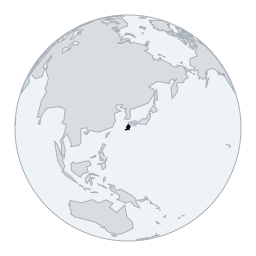 the Earth from above Kagoshima, rotated 20°
{"feature_id": "JPN-3501", "entity_name": "Kagoshima", "entity_type": "Prefecture", "adm_level": 1, "iso_a3": "JPN", "parent_name": "Japan", "parent_adm1": "", "projection": "orthographic", "projection_center": [130.414, 30.803], "detail": "fine", "context": "on_globe", "style": "filled", "palette": "ink", "viewbox_px": 256, "rotation_deg": 20, "n_neighbors": 0, "source": "natural_earth", "source_scale": "10m", "svg_char_len": 12096}
<svg xmlns="http://www.w3.org/2000/svg" viewBox="0 0 256 256"><g transform="rotate(20 128 128)"><circle cx="128" cy="128" r="113" fill="#eef3f6" stroke="#a8b0b8"/><path d="M210.4,190.7L210.3,191.3L210.2,191.4L210.4,190.7ZM215.5,57.1L215.4,56.9L215.7,57.6L210.9,53.9L200.6,46.0L201.3,45.7L198.8,44.1L197.7,44.6L197.6,45.3L187.2,42.9L182.3,47.2L184.5,51.1L181.1,48.5L187.6,58.2L187.3,63.6L185.4,56.0L183.5,54.1L182.2,56.8L179.9,55.5L177.9,56.1L175.4,54.4L174.4,50.4L172.7,49.3L171.9,51.4L168.8,51.2L170.3,48.3L165.0,47.8L162.4,41.7L168.5,36.6L164.9,33.0L165.2,27.4L163.0,26.9L161.7,25.0L158.6,23.9L159.6,23.4L156.3,23.0L156.0,23.6L154.5,23.7L152.6,23.2L153.5,22.4L154.6,22.6L153.9,22.1L155.1,22.0L153.4,21.8L154.7,21.1L150.7,21.1L149.5,20.0L151.1,19.8L154.5,20.7L166.5,23.5L169.2,24.1L169.5,23.7L162.8,20.9L163.1,21.0L170.7,23.8L178.0,27.1L185.1,30.9L191.9,35.3L198.4,40.1L204.5,45.3L210.2,51.0L215.5,57.1ZM157.6,19.3L156.2,18.9L156.2,19.1L154.3,18.7L153.0,18.8L149.4,17.9L146.6,17.1L147.6,17.1L146.4,16.9L142.4,16.4L141.9,16.2L149.8,17.5L157.6,19.3ZM230.4,111.8L229.4,109.7L230.4,110.0L230.4,111.8ZM228.5,109.1L228.9,109.6L228.5,109.3L228.5,109.1ZM228.1,109.3L228.4,109.1L228.1,109.6L228.1,109.3ZM227.5,109.9L227.8,109.5L227.5,109.9ZM226.3,110.1L226.0,110.1L226.1,109.5L226.3,110.1ZM197.9,46.0L197.9,44.8L199.7,44.9L200.0,46.0L197.9,46.0ZM194.0,46.1L193.4,45.0L196.3,46.4L195.8,46.6L194.0,46.1ZM186.5,54.5L186.9,53.0L187.3,55.0L186.5,54.5ZM178.1,56.5L178.7,57.4L177.5,57.4L178.1,56.5ZM155.0,19.3L154.0,19.0L154.8,19.2L155.0,19.3ZM155.4,19.7L157.0,20.0L157.4,20.2L156.4,20.0L155.4,19.7ZM172.3,54.9L170.1,54.8L172.2,54.2L172.3,54.9ZM153.3,19.2L158.0,20.6L158.6,21.0L155.4,20.7L153.3,19.2ZM168.7,54.2L163.4,54.3L164.3,56.1L158.8,51.1L165.1,52.6L167.6,51.5L167.3,53.0L168.7,54.2ZM156.7,24.1L156.9,23.3L158.5,24.4L156.7,24.1ZM158.1,24.8L165.0,28.6L163.7,29.6L161.7,28.0L161.4,29.9L157.5,28.5L156.7,27.1L158.3,26.7L155.5,26.5L158.1,24.8ZM156.6,48.5L155.2,48.0L156.5,47.8L156.6,48.5ZM154.0,23.8L155.5,24.4L154.5,25.3L151.3,24.3L152.7,24.3L154.0,23.8ZM163.3,31.2L162.1,31.8L158.5,30.8L157.5,30.9L157.3,28.6L163.3,31.2ZM151.9,23.8L149.7,23.8L148.5,22.9L152.4,23.3L151.9,23.8ZM155.6,26.0L155.0,26.4L154.3,25.8L155.6,26.0ZM142.9,20.3L144.7,20.8L144.4,21.3L142.9,20.3ZM149.0,23.8L149.4,24.1L149.5,24.4L147.8,24.2L149.0,23.8ZM154.7,28.1L153.5,27.6L154.7,29.0L152.0,28.4L152.3,27.0L151.1,27.4L150.3,27.2L151.4,26.3L154.7,28.1ZM146.4,25.0L145.8,23.2L142.5,22.1L142.8,21.6L148.0,23.6L146.4,25.0ZM149.2,25.8L147.5,25.1L148.7,24.7L150.6,25.0L149.2,25.8ZM150.1,28.6L154.1,29.8L153.9,30.1L150.1,28.6ZM145.2,24.7L145.3,25.1L144.8,24.6L145.2,24.7ZM148.3,27.4L149.8,27.8L149.5,28.1L148.3,27.4ZM144.4,25.8L144.3,25.2L145.5,25.3L144.4,25.8ZM146.0,26.6L145.3,26.9L146.1,25.6L146.7,26.7L146.0,26.6ZM147.9,27.7L148.2,28.0L147.3,27.5L147.9,27.7ZM139.6,25.9L140.3,24.3L143.2,24.4L142.1,26.0L139.6,25.9ZM37.6,60.8L38.5,59.9L33.3,68.5L32.1,72.5L37.9,66.8L39.9,60.0L43.7,55.6L44.9,58.1L43.7,64.7L45.2,63.2L48.9,56.6L51.6,56.1L50.5,54.3L48.7,56.6L48.0,55.7L49.6,53.6L50.5,53.4L51.7,51.1L47.1,53.2L44.8,55.7L46.1,52.0L42.4,56.0L41.7,56.3L47.7,49.7L49.4,48.3L58.1,40.3L56.5,41.3L48.2,49.1L49.4,47.7L47.1,49.7L49.9,47.1L59.4,38.8L61.1,37.4L73.3,29.5L72.7,29.9L74.2,29.0L71.9,30.4L73.1,30.4L71.4,31.9L76.1,30.2L75.8,30.9L73.1,31.6L70.4,33.0L66.7,37.4L67.3,37.8L70.6,36.5L69.2,38.0L72.8,36.2L72.8,38.5L75.9,34.4L79.9,33.2L82.2,33.9L84.1,32.9L80.4,31.9L78.4,32.2L75.8,33.5L70.9,34.3L71.2,33.3L78.5,30.0L79.8,28.3L84.9,26.9L91.8,30.0L92.5,32.5L84.8,38.9L82.2,38.8L83.7,36.3L78.4,39.6L80.7,38.8L79.5,40.3L83.1,40.0L82.4,41.0L86.9,39.1L86.5,40.3L83.6,41.5L88.5,42.6L88.7,45.3L90.1,45.0L91.6,44.0L90.9,48.4L92.0,48.0L92.6,46.4L95.2,44.8L99.4,43.8L99.0,45.3L97.4,45.9L93.3,49.7L89.2,51.3L89.4,51.8L92.9,50.9L97.8,46.2L100.5,45.1L98.5,47.4L99.5,46.5L100.7,46.5L101.4,48.0L103.7,45.6L117.5,44.5L120.3,47.7L117.0,49.6L126.1,51.5L128.6,55.6L129.1,54.0L133.9,54.3L133.2,53.0L133.8,52.3L145.7,53.2L148.1,54.9L153.8,54.1L154.1,53.4L152.7,52.1L158.8,51.1L164.3,56.1L163.3,57.5L167.4,60.0L164.7,62.8L164.3,66.5L158.9,68.6L159.1,71.6L160.7,72.3L162.1,77.1L159.5,85.3L154.6,75.6L157.1,64.2L155.5,68.4L153.7,66.6L151.9,67.8L150.9,71.0L152.1,71.8L139.8,74.1L133.3,82.2L138.9,82.8L141.1,86.2L138.6,97.5L123.6,110.4L126.5,116.3L125.9,119.6L121.6,120.8L122.4,116.0L119.2,113.5L120.3,110.7L113.7,111.5L115.0,107.7L109.3,110.5L110.2,114.0L115.5,114.5L110.0,119.0L113.8,125.7L112.9,132.5L102.0,142.0L92.8,143.3L91.9,145.2L89.0,141.9L84.0,144.7L88.6,157.9L88.1,161.1L80.5,165.1L80.5,162.7L72.7,154.0L70.4,161.2L76.3,169.6L78.3,177.6L73.4,173.7L71.5,166.6L68.7,163.3L70.1,156.9L68.9,146.0L64.0,146.0L65.0,142.0L62.6,131.9L55.9,131.5L44.9,137.1L42.4,146.7L39.1,149.1L37.3,131.6L39.2,121.4L36.9,120.5L36.5,109.3L31.0,101.2L31.7,98.1L30.3,97.6L30.3,92.6L32.0,87.8L31.3,86.2L27.1,99.0L28.1,100.8L31.0,99.2L29.5,103.2L29.7,109.0L24.0,113.5L18.2,109.8L20.2,102.2L29.1,77.4L30.3,75.8L30.4,75.6L30.7,75.1L28.9,77.3L31.3,72.9L23.8,88.4L21.4,94.3L18.1,110.1L17.8,110.6L17.5,114.6L19.7,118.3L19.2,120.6L16.6,128.2L15.5,132.8L15.4,124.3L16.0,115.8L17.3,107.3L19.1,99.0L21.7,90.9L24.8,82.9L28.5,75.3L32.8,67.9L37.6,60.8ZM39.8,76.0L40.8,80.2L44.8,74.1L45.6,75.4L46.7,73.0L45.1,73.7L48.6,67.6L50.6,68.2L52.8,66.0L52.6,64.5L48.3,64.5L43.3,73.1L41.2,74.0L39.8,76.0ZM84.0,24.3L85.4,23.8L84.9,24.1L82.7,25.1L81.5,25.5L83.3,24.6L84.0,24.3ZM78.0,27.1L77.3,27.5L79.5,26.4L79.8,26.5L86.5,23.9L85.4,24.8L84.9,24.7L83.5,25.5L82.3,25.6L74.8,29.1L73.2,29.8L77.7,27.2L78.0,27.1ZM105.3,18.7L108.2,18.3L102.1,20.4L100.2,20.6L102.2,19.3L105.7,18.5L105.3,18.7ZM146.7,18.7L148.2,18.9L147.9,19.1L146.5,19.0L146.7,18.7ZM143.8,20.5L140.0,18.0L141.5,18.1L137.4,16.9L139.8,16.7L142.3,17.4L141.1,16.6L144.4,17.1L143.1,16.6L148.5,18.2L151.4,19.0L147.3,18.2L145.0,18.3L144.9,18.5L146.7,19.9L151.8,21.8L150.4,22.5L148.0,22.5L146.6,22.1L148.0,21.7L145.0,21.5L146.0,20.8L143.8,20.5ZM121.1,25.6L123.4,24.7L117.6,25.4L118.5,24.1L117.8,24.3L117.1,23.4L114.9,22.6L115.8,22.1L114.6,22.1L114.0,21.5L112.7,21.4L113.8,20.4L112.2,20.2L113.7,19.9L110.6,19.8L113.4,19.5L113.0,19.0L110.5,19.6L120.1,16.4L121.9,15.8L121.9,15.5L126.7,15.4L129.8,15.7L131.3,16.5L128.9,17.3L131.5,17.3L131.1,17.7L129.2,17.6L131.9,18.1L131.0,18.5L132.4,20.1L136.8,21.0L137.4,21.7L135.3,21.5L137.4,22.4L133.8,22.7L134.1,23.3L130.9,24.3L126.6,23.9L127.3,24.7L124.9,25.7L121.1,25.6ZM138.6,26.2L133.2,25.7L131.1,24.8L137.6,23.4L137.8,22.9L141.8,22.2L144.9,23.6L143.5,23.6L142.8,24.0L142.1,23.4L142.1,24.1L140.1,24.2L139.6,24.9L138.0,24.5L138.6,26.2ZM49.6,47.1L48.7,48.0L47.7,49.1L46.3,50.5L49.6,47.1ZM55.6,41.7L55.5,41.8L55.2,42.1L55.6,41.7ZM57.4,40.3L55.7,41.6L57.2,40.4L57.4,40.3ZM72.9,32.0L72.6,32.6L71.7,33.0L70.8,33.2L72.9,32.0ZM104.4,28.6L106.0,27.9L106.4,28.1L110.5,27.6L110.1,28.7L107.6,29.5L104.4,28.6ZM37.0,66.8L36.0,67.0L36.8,65.7L36.9,65.9L37.0,66.8ZM40.4,58.1L38.6,60.9L40.0,58.4L40.4,58.1ZM104.7,29.7L106.4,29.3L105.2,30.1L104.7,29.7ZM110.1,29.6L109.0,30.5L110.6,28.8L110.1,29.6ZM19.4,158.1L19.1,156.8L21.0,163.1L21.3,164.1L19.4,158.1ZM106.0,199.8L109.4,200.8L109.3,201.2L106.0,199.8ZM102.3,197.7L106.2,198.6L101.7,198.5L102.3,197.7ZM107.7,198.9L111.7,198.7L113.4,198.2L113.2,199.1L107.7,198.9ZM99.7,197.3L85.9,194.0L80.7,191.4L81.8,190.2L90.4,192.9L99.7,197.3ZM81.4,190.0L73.4,183.1L63.5,165.7L67.0,167.4L77.6,179.4L76.9,180.6L81.7,185.7L81.4,190.0ZM101.0,186.5L100.3,190.5L92.6,188.5L89.2,187.0L86.8,181.0L88.1,178.5L90.9,179.3L102.3,172.1L106.2,175.2L102.5,178.6L105.7,183.0L101.0,186.5ZM42.6,147.8L43.8,154.8L42.1,154.8L42.6,147.8ZM107.4,166.0L102.5,169.5L107.1,164.5L107.4,166.0ZM110.4,160.9L110.5,163.2L108.8,160.7L110.4,160.9ZM91.4,148.3L88.4,148.1L88.6,146.4L92.5,145.8L91.4,148.3ZM112.2,138.2L111.3,143.0L110.5,144.5L109.5,141.4L112.2,138.2ZM104.3,40.4L99.0,39.7L95.1,40.3L92.5,42.3L93.9,39.4L100.0,38.4L104.3,40.4ZM115.9,43.7L118.1,42.3L118.7,43.3L118.2,43.8L115.9,43.7ZM116.1,42.6L116.0,40.1L118.3,39.6L117.9,41.6L116.1,42.6ZM110.1,34.3L108.6,34.0L109.6,33.3L110.1,34.3ZM184.6,224.0L186.2,223.5L183.0,225.6L178.6,228.1L174.1,230.0L184.6,224.0ZM150.0,234.9L149.1,233.5L154.1,232.8L152.7,234.3L150.0,234.9ZM187.7,221.9L190.5,219.6L190.9,217.7L191.3,219.0L194.3,217.6L187.3,222.9L187.7,221.9ZM129.5,227.7L108.2,229.7L103.3,228.4L104.0,226.8L98.3,220.1L99.9,220.5L98.1,216.0L110.4,214.1L119.0,207.5L126.5,208.7L131.7,203.2L139.7,204.0L137.6,208.5L146.3,211.6L151.2,201.3L157.3,211.9L164.2,214.9L167.1,220.4L158.0,230.0L152.0,232.0L150.4,231.5L148.0,232.4L143.8,232.3L140.6,229.8L138.3,230.7L140.2,228.6L137.0,230.4L134.4,228.6L129.5,227.7ZM186.6,206.4L187.9,206.3L190.4,207.3L188.1,207.6L186.6,206.4ZM206.9,194.3L207.7,194.7L206.2,195.6L206.9,194.3ZM210.2,191.4L208.4,192.6L210.4,190.7L210.2,191.4ZM192.9,198.9L193.7,199.3L193.1,199.7L192.9,198.9ZM192.3,198.8L193.0,197.6L193.0,198.7L192.3,198.8ZM185.5,194.6L186.2,193.9L186.6,194.2L185.5,194.6ZM114.6,201.5L119.3,199.1L122.0,199.1L114.6,201.5ZM184.2,193.6L182.2,193.8L182.4,193.2L184.2,193.6ZM184.3,192.2L184.0,191.3L185.4,193.1L184.3,192.2ZM180.4,190.9L182.9,192.0L180.1,191.1L180.4,190.9ZM178.9,191.3L177.2,190.8L177.3,190.6L178.9,191.3ZM159.9,194.2L166.4,199.0L161.3,199.2L155.6,196.2L151.5,199.3L142.0,198.8L144.0,196.9L142.7,194.0L133.0,192.4L131.1,190.4L134.4,189.3L128.2,187.3L135.0,186.9L137.9,191.0L141.8,188.1L148.7,189.0L155.5,190.3L161.2,193.0L159.9,194.2ZM135.2,195.6L136.4,195.7L135.4,196.8L135.2,195.6ZM173.8,189.1L176.4,190.7L176.1,191.2L174.9,191.1L173.8,189.1ZM162.5,192.3L168.5,188.7L169.9,188.6L166.0,192.6L162.5,192.3ZM166.9,186.7L169.8,186.9L171.4,188.6L170.8,189.2L166.9,186.7ZM121.3,190.8L121.1,191.8L119.3,190.8L121.3,190.8ZM123.5,190.4L128.8,192.1L123.1,191.3L123.5,190.4ZM108.0,184.4L109.5,187.3L114.1,186.3L110.6,188.2L113.8,192.9L112.8,194.4L109.5,189.3L108.6,193.9L106.5,193.4L105.3,189.2L107.3,184.4L109.4,182.7L117.8,183.0L108.0,184.4ZM123.5,187.1L122.1,183.9L123.1,181.9L124.6,183.7L123.5,187.1ZM118.2,175.8L114.8,171.6L111.5,172.5L118.3,168.2L120.4,173.0L118.2,175.8ZM115.6,167.1L112.5,168.0L115.8,165.4L115.6,167.1ZM111.8,166.6L111.7,163.9L114.0,164.6L111.8,166.6ZM117.2,167.5L118.1,163.1L119.1,165.9L117.2,167.5ZM111.2,157.8L115.9,163.0L109.4,160.0L110.0,151.2L112.8,151.5L111.2,157.8ZM132.3,124.2L132.1,121.6L134.9,121.3L134.2,123.2L132.3,124.2ZM143.7,118.8L135.5,120.4L128.9,121.9L130.6,123.4L128.5,127.6L126.3,123.1L131.5,118.9L136.4,118.5L137.8,115.0L141.9,112.9L142.1,108.3L144.1,106.5L145.4,110.7L143.7,118.8ZM142.0,106.4L143.8,98.5L148.7,100.2L149.4,102.2L146.5,105.1L144.1,104.0L142.0,106.4ZM145.7,97.2L143.4,96.2L141.2,84.2L141.9,82.2L146.2,91.7L144.2,91.3L143.9,94.1L145.7,97.2ZM155.2,48.9L155.2,48.1L156.2,48.9L155.2,48.9ZM133.3,51.6L134.3,50.8L135.4,51.6L133.3,51.6ZM137.8,49.1L135.8,48.7L138.1,48.4L137.8,49.1ZM131.4,48.0L135.1,48.2L131.3,49.0L131.4,48.0Z" fill="#d9dde1" stroke="#a8b0b8" stroke-width="1"/><path d="M129.2,126.7L129.1,126.8L129.2,127.0L129.0,127.3L128.9,127.3L128.7,127.4L128.6,127.5L128.4,127.6L128.5,127.4L128.6,127.2L128.6,126.9L128.5,126.7L128.4,126.5L128.3,126.4L128.5,126.4L128.5,126.5L128.6,126.4L128.6,126.2L128.4,126.2L128.3,126.3L128.2,126.5L128.2,126.8L128.3,127.0L128.4,127.3L128.2,127.3L128.2,127.2L127.8,127.1L127.7,127.1L127.6,126.9L127.8,126.7L127.9,126.4L127.7,126.2L127.6,125.9L127.7,125.7L127.7,125.4L127.8,125.5L127.8,125.4L128.0,125.4L128.3,125.3L128.5,125.5L128.6,125.8L128.8,125.9L128.8,126.0L129.0,126.2L129.0,126.3L129.3,126.4L129.3,126.5L129.2,126.7L129.2,126.7ZM128.4,128.8L128.4,129.0L128.2,129.1L128.0,128.9L127.9,128.9L128.0,128.8L128.0,128.7L128.3,128.7L128.3,128.8L128.4,128.8ZM129.1,127.9L129.1,128.0L129.1,128.3L129.1,128.5L128.9,128.6L129.0,128.7L128.9,128.7L128.9,128.8L129.0,128.8L128.9,128.8L128.8,128.7L128.7,128.7L128.8,128.7L128.9,128.4L128.9,128.2L129.0,128.1L129.1,127.9L129.1,127.9ZM126.9,126.0L127.0,126.1L126.9,126.2L126.9,126.3L126.7,126.3L126.8,126.3L126.8,126.2L126.9,126.0ZM127.2,125.9L127.2,126.0L127.1,125.9L127.0,126.0L127.0,125.9L127.2,125.9ZM127.7,128.7L127.7,128.8L127.6,128.7L127.7,128.7ZM126.8,130.3L126.9,130.2L126.9,130.3L126.8,130.3ZM127.2,127.9L127.2,128.0L127.1,127.9L127.2,127.9Z" fill="#0f172a" stroke="#020617" stroke-width="1.5"/></g></svg>